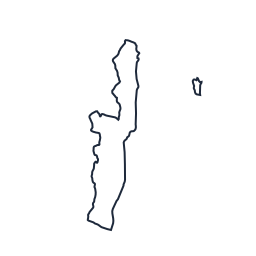 the Province of Bengkulu, rotated 234°
{"feature_id": "IDN-1225", "entity_name": "Bengkulu", "entity_type": "Province", "adm_level": 1, "iso_a3": "IDN", "parent_name": "Indonesia", "parent_adm1": "", "projection": "mercator", "projection_center": [102.58, -3.868], "detail": "fine", "context": "isolated", "style": "outline", "palette": "slate", "viewbox_px": 256, "rotation_deg": 234, "n_neighbors": 0, "source": "natural_earth", "source_scale": "10m", "svg_char_len": 3880}
<svg xmlns="http://www.w3.org/2000/svg" viewBox="0 0 256 256"><g transform="rotate(234 128 128)"><path d="M192.2,183.6L191.3,183.3L190.9,183.2L189.7,183.3L189.3,183.2L189.1,183.0L189.0,182.8L188.8,182.6L188.2,182.2L187.4,181.4L187.0,181.1L186.4,180.8L185.8,180.5L185.1,180.4L184.4,180.4L183.8,180.6L183.1,180.9L182.5,181.2L181.9,181.1L181.7,180.6L180.8,178.2L180.4,177.7L180.0,177.3L179.0,176.7L178.2,177.4L177.4,177.1L176.7,176.2L176.0,173.9L175.0,172.9L169.1,167.7L162.6,163.8L155.8,161.1L154.9,160.3L154.1,158.3L153.4,157.3L144.2,149.3L135.0,143.0L126.4,136.3L125.0,135.5L123.6,134.5L122.5,133.1L122.1,131.3L122.3,130.4L123.3,128.8L123.5,127.8L123.2,126.7L121.6,124.9L121.0,124.0L120.9,123.4L120.9,122.9L121.0,122.5L121.0,122.1L120.7,121.5L120.3,121.0L120.0,120.5L119.9,119.8L119.8,117.9L119.4,116.9L118.8,116.0L110.5,111.1L100.5,104.2L87.9,95.2L86.5,93.8L85.0,91.3L84.0,90.5L76.3,78.0L75.7,75.8L71.4,68.1L70.0,66.4L68.0,65.1L63.6,62.9L61.5,61.6L59.7,60.0L55.5,54.3L58.3,51.9L63.2,48.4L64.1,48.0L66.7,47.2L67.9,46.7L70.2,45.1L71.9,44.6L76.3,41.6L77.2,41.4L77.6,41.7L78.0,42.1L78.4,42.6L79.7,43.8L80.6,44.3L81.2,44.7L81.5,45.1L81.6,45.4L81.7,46.0L82.6,47.5L84.0,52.8L84.4,53.5L85.1,54.0L86.8,54.7L87.6,55.4L87.9,56.0L88.3,57.3L90.2,59.0L91.4,60.8L93.1,62.6L95.0,64.1L97.9,65.6L98.7,65.9L100.0,66.2L100.6,66.8L101.8,68.1L102.3,68.4L102.8,68.4L103.9,68.0L104.3,67.9L105.1,67.9L106.8,68.6L108.1,69.4L108.8,69.7L110.1,70.0L110.6,70.4L111.7,71.8L113.1,72.9L113.6,73.4L114.1,74.2L114.9,75.9L115.5,76.7L117.9,78.8L118.9,79.5L119.2,80.0L119.5,80.7L119.8,81.9L119.7,82.0L119.4,82.2L118.4,82.3L118.1,82.5L118.2,83.1L119.8,85.0L120.4,85.4L120.8,85.5L121.3,85.5L122.0,85.6L123.1,86.2L123.8,86.4L124.4,86.4L124.7,86.2L125.2,85.7L125.6,85.4L126.0,85.3L126.6,85.4L129.8,86.6L131.2,87.8L132.0,88.4L132.5,88.9L132.8,89.4L132.9,89.9L132.8,90.4L132.5,91.4L132.2,93.2L132.0,93.6L131.8,93.9L131.5,94.2L131.4,94.5L131.3,94.8L131.5,95.2L131.8,95.5L132.4,95.7L133.1,96.2L133.6,96.7L134.2,97.5L134.7,98.1L135.5,98.9L136.2,99.7L136.8,100.1L137.4,100.4L137.8,100.5L139.4,101.4L140.5,101.7L141.0,101.5L141.5,101.1L143.2,99.4L145.4,97.7L146.6,97.0L147.6,96.7L148.1,96.9L148.4,97.3L149.0,98.9L149.4,99.7L152.4,101.6L153.1,101.8L156.2,102.4L157.2,102.7L158.6,102.9L159.4,103.2L159.9,103.5L160.2,103.9L160.5,104.4L160.6,104.9L160.8,106.3L160.9,107.6L160.3,111.9L159.6,112.9L158.3,112.7L157.7,112.8L157.1,112.9L156.4,113.0L155.6,112.8L154.3,112.3L153.8,112.3L153.6,112.6L153.8,113.2L154.2,113.9L154.6,114.6L154.5,115.3L153.9,115.9L152.8,116.7L151.7,117.2L150.6,118.0L144.2,123.8L143.3,124.3L141.7,124.7L140.4,125.0L140.7,125.8L142.0,126.7L142.6,127.4L143.2,128.3L143.9,128.9L145.8,130.1L146.4,130.9L147.7,132.9L148.4,133.5L149.3,134.0L151.8,135.0L152.4,135.1L153.3,135.0L155.1,134.5L156.1,134.7L156.6,134.9L159.0,136.8L159.9,136.3L161.1,136.2L161.8,136.3L162.8,136.1L164.2,136.1L164.8,135.9L165.3,135.9L165.7,136.0L166.4,136.5L166.8,136.7L167.2,137.0L167.5,137.4L167.8,139.2L169.3,142.4L169.6,143.5L169.8,147.8L170.5,149.0L171.4,148.9L171.7,149.0L172.7,149.4L174.2,150.1L176.6,150.6L178.9,152.1L180.7,152.7L183.7,152.9L186.1,154.5L187.6,155.0L188.4,155.0L190.7,155.1L191.3,155.3L191.9,155.7L192.3,156.2L192.6,157.1L192.9,161.8L193.3,163.1L193.7,164.0L195.3,165.9L196.0,167.7L196.4,168.2L196.7,168.9L198.0,173.7L198.1,174.4L198.2,175.1L198.6,175.6L199.5,176.2L200.1,176.6L200.5,177.7L198.9,179.5L197.2,180.7L195.8,181.5L193.8,182.9L193.0,183.2L192.2,183.6L192.2,183.6ZM128.6,209.5L128.2,210.3L127.5,210.9L126.4,211.5L126.6,212.1L127.3,212.8L127.7,213.4L127.1,213.7L124.6,213.1L124.2,213.0L123.6,213.2L123.2,213.1L122.8,213.2L122.6,213.4L122.1,214.6L121.4,214.0L120.7,212.3L120.1,211.5L113.8,206.6L112.3,205.8L114.8,203.4L116.1,202.9L117.7,203.3L119.1,204.1L119.8,204.3L120.8,204.4L121.5,204.6L122.2,205.2L123.1,206.2L126.4,207.2L127.9,208.0L128.6,209.5Z" fill="none" stroke="#1e293b" stroke-width="2"/></g></svg>